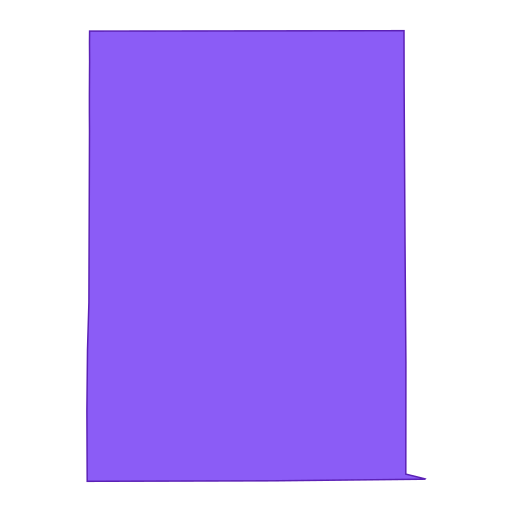 the district of Mercer, Ohio, United States of America
{"feature_id": "52423323B6373952643979", "entity_name": "Mercer", "entity_type": "district", "adm_level": 2, "iso_a3": "USA", "parent_name": "United States of America", "parent_adm1": "Ohio", "projection": "albers", "projection_center": [-84.687, 40.541], "detail": "fine", "context": "isolated", "style": "filled", "palette": "violet", "viewbox_px": 512, "rotation_deg": 0, "n_neighbors": 0, "source": "geoboundaries", "source_scale": "gbopen_adm2", "svg_char_len": 419}
<svg xmlns="http://www.w3.org/2000/svg" viewBox="0 0 512 512"><path d="M89.2,218.1L89.0,271.1L88.9,302.5L87.6,346.2L87.5,349.6L86.9,410.8L87.2,481.2L87.2,481.3L274.1,480.8L424.8,479.2L425.1,478.9L405.8,474.1L405.9,362.9L405.0,240.6L404.9,223.1L404.1,82.8L404.0,30.7L89.6,31.1L89.5,42.6L89.6,61.9L89.5,75.2L89.5,77.7L89.4,95.1L89.4,112.5L89.5,131.0L89.2,218.1Z" fill="#8b5cf6" stroke="#5b21b6" stroke-width="1.5"/></svg>